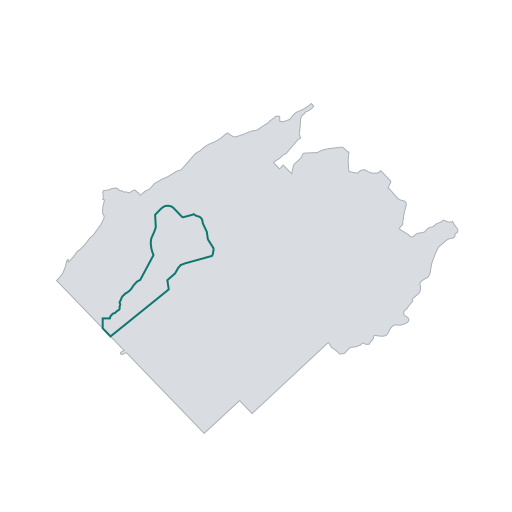 Sudan, with River Nile highlighted, rotated 226°
{"feature_id": "SDN-877", "entity_name": "River Nile", "entity_type": "State", "adm_level": 1, "iso_a3": "SDN", "parent_name": "Sudan", "parent_adm1": "", "projection": "equal_earth", "projection_center": [33.548, 18.954], "detail": "fine", "context": "in_parent", "style": "outline", "palette": "teal", "viewbox_px": 512, "rotation_deg": 226, "n_neighbors": 0, "source": "natural_earth", "source_scale": "10m", "svg_char_len": 5418}
<svg xmlns="http://www.w3.org/2000/svg" viewBox="0 0 512 512"><g transform="rotate(226 256 256)"><path d="M327.2,401.7L323.8,401.7L323.4,400.6L323.5,397.6L323.9,395.3L325.1,391.8L324.8,389.8L325.0,387.0L324.1,383.9L315.9,374.7L314.2,372.2L309.8,369.9L310.6,367.3L308.8,348.7L309.7,346.5L309.9,343.2L309.9,340.4L311.0,335.6L311.1,333.6L302.4,333.4L302.2,335.5L302.6,337.8L302.6,338.7L290.4,338.8L295.3,346.1L295.5,349.3L295.3,353.3L295.3,355.9L295.6,357.5L296.9,360.8L296.8,361.4L296.5,362.2L287.8,372.0L286.4,376.5L285.2,378.9L282.7,382.9L274.8,393.3L273.5,394.0L267.4,394.4L266.9,394.6L266.4,395.1L266.1,395.0L261.0,388.9L252.3,381.5L246.6,385.3L245.0,386.7L245.0,390.3L244.1,392.1L242.6,394.1L238.3,395.3L236.1,396.4L233.5,398.4L230.9,401.7L230.7,403.5L230.9,405.0L216.3,405.0L215.3,403.7L213.2,398.2L211.8,398.6L198.4,397.9L196.5,398.5L192.7,400.8L190.7,401.1L188.8,400.1L181.8,389.2L180.3,387.9L178.8,385.3L177.3,384.2L176.8,383.3L176.6,382.2L176.7,379.8L176.2,378.3L175.1,378.0L165.7,380.5L164.3,380.2L162.3,380.6L161.6,381.1L160.8,382.5L160.7,385.5L160.4,387.0L159.7,388.6L157.0,392.3L156.3,393.9L156.4,398.0L156.2,400.1L155.8,401.0L154.6,402.6L154.2,403.5L153.7,408.7L152.2,411.8L151.8,413.0L151.7,415.2L151.5,415.9L147.2,417.7L145.6,418.9L144.6,420.7L144.4,421.4L142.5,420.8L140.2,420.3L135.8,419.8L134.0,418.9L133.2,417.7L133.5,414.5L133.0,413.9L132.3,413.3L131.8,411.9L132.0,410.3L134.3,406.6L134.9,404.7L135.6,395.5L135.4,392.7L133.6,387.6L129.4,378.8L128.4,377.0L123.1,369.8L122.5,368.7L121.3,365.6L122.8,358.9L122.9,357.0L122.6,355.1L121.2,353.7L120.0,353.5L118.5,351.7L117.5,350.9L116.6,349.3L116.0,347.1L116.5,339.2L116.2,338.1L114.9,337.8L114.6,337.3L114.6,335.8L114.0,331.3L113.2,327.5L113.7,325.5L112.6,322.7L110.4,321.5L106.1,322.4L104.8,322.2L103.9,321.7L103.3,320.7L103.0,319.5L103.3,317.6L104.6,314.3L106.1,311.5L109.2,309.0L110.1,307.7L110.6,306.2L110.7,304.5L110.5,302.7L110.2,301.1L109.3,298.9L108.5,296.3L108.5,294.6L109.0,293.4L109.8,291.9L112.9,289.0L116.0,286.6L116.6,285.7L116.4,284.7L115.0,282.7L114.6,278.9L113.9,276.2L115.5,274.2L116.7,273.5L118.5,272.8L119.2,272.0L119.5,270.4L119.4,268.8L120.1,267.7L121.0,265.2L121.8,264.1L124.2,261.2L124.7,259.4L124.9,257.6L124.4,252.1L125.8,249.9L127.6,248.0L130.1,248.1L134.0,247.7L136.7,246.9L138.6,247.0L142.9,248.0L143.3,247.5L143.6,246.1L145.4,143.7L163.2,143.7L163.4,143.5L164.4,95.5L275.7,95.6L276.6,95.4L278.4,90.9L279.1,90.6L280.3,90.9L280.7,91.9L279.7,95.5L376.9,95.5L377.1,101.0L378.0,105.4L380.8,111.6L383.1,115.0L384.0,116.8L384.1,117.7L384.0,118.5L383.3,117.6L382.1,117.0L381.9,119.9L382.5,125.9L383.5,130.1L382.9,134.0L383.0,140.6L384.3,148.6L384.1,153.7L386.2,165.5L388.3,172.1L389.4,173.7L390.6,174.6L393.0,175.1L396.5,178.5L399.2,182.0L400.2,183.9L401.6,185.9L402.5,185.6L403.0,185.0L404.0,186.7L408.4,190.2L409.0,191.9L407.5,193.5L405.7,196.3L404.8,198.9L404.3,199.7L402.9,201.3L402.7,202.1L402.1,202.6L401.4,202.6L399.9,203.5L398.5,203.2L397.2,203.7L396.7,204.3L395.6,204.9L394.2,205.2L391.9,207.4L389.9,208.4L389.3,209.3L388.3,213.7L387.5,214.8L384.6,214.9L383.1,215.3L381.2,214.8L380.2,214.9L380.0,215.8L379.7,219.6L379.7,221.2L378.1,225.5L378.6,233.5L377.1,239.5L376.8,240.9L375.2,245.6L374.4,247.4L372.4,256.3L371.6,259.1L369.9,262.0L371.8,283.4L370.4,290.0L370.4,293.6L369.4,298.9L368.6,301.4L367.3,304.3L366.2,307.6L365.3,312.0L364.6,320.3L364.3,321.0L359.1,322.1L357.4,322.7L356.3,323.6L355.0,325.7L352.3,331.5L350.9,335.1L348.7,340.0L346.2,343.5L345.6,345.2L345.2,348.3L344.3,353.3L343.4,356.8L343.6,359.6L342.8,364.6L342.9,367.0L342.0,368.3L340.8,369.6L339.9,369.9L336.3,366.6L333.7,368.9L332.1,372.1L330.9,375.3L331.6,382.1L331.5,383.6L331.2,385.3L328.7,392.0L328.0,395.0L327.3,400.4L327.2,401.7Z" fill="#d9dde1" stroke="#a8b0b8" stroke-width="1"/><path d="M299.2,95.5L299.6,95.5L301.4,95.5L303.2,95.5L305.1,95.5L306.9,95.5L308.7,95.5L310.5,95.5L317.6,102.4L312.6,107.5L312.8,108.0L313.1,108.4L313.4,108.6L313.5,108.8L313.6,109.0L313.7,109.5L313.8,109.7L313.8,110.8L313.9,111.4L314.0,111.8L314.0,112.1L313.9,112.5L313.8,113.3L313.8,113.5L313.6,113.8L313.5,114.0L313.0,114.9L312.9,115.1L312.9,115.3L313.0,117.0L313.0,117.8L312.9,118.3L312.5,119.5L312.5,119.8L312.5,120.3L312.5,120.5L312.6,120.8L312.8,121.3L313.0,121.5L314.0,122.3L314.2,122.5L315.3,124.4L315.4,124.6L315.7,124.9L315.9,125.0L316.1,125.1L316.3,125.2L317.1,125.4L317.3,125.5L317.5,125.8L317.9,127.1L318.2,128.0L318.3,128.1L318.5,128.4L318.6,128.6L318.9,129.5L319.1,129.9L319.5,130.8L319.7,131.6L319.8,132.1L319.8,132.3L319.8,132.5L319.7,133.6L319.7,135.0L319.8,135.4L319.9,135.7L319.9,135.8L319.6,136.5L319.2,137.9L318.9,140.4L318.9,142.3L319.0,143.6L319.9,147.3L320.2,151.3L320.2,152.4L320.1,153.0L319.9,154.1L319.3,155.8L319.2,156.1L319.3,156.4L327.8,182.7L328.0,183.0L330.9,184.2L334.2,186.0L338.4,189.2L340.6,191.8L341.3,192.8L341.6,193.4L344.0,199.3L345.7,202.9L346.1,203.4L346.7,204.3L355.7,212.0L356.0,219.9L355.8,222.8L355.1,225.3L353.9,226.9L352.8,228.0L351.2,229.1L349.9,229.7L348.4,230.0L336.1,230.0L335.1,230.1L334.5,230.5L330.0,238.6L329.3,240.3L326.6,240.8L325.9,241.3L323.6,242.5L322.3,242.8L321.1,242.8L320.4,242.7L318.8,242.1L316.6,240.5L307.6,237.4L301.9,233.3L301.0,232.9L291.5,230.9L290.5,230.4L289.7,229.5L287.3,226.1L287.0,225.5L286.7,224.3L299.9,200.0L301.9,195.3L301.5,193.3L301.6,192.2L299.7,185.7L300.2,175.6L300.1,175.4L292.7,170.1L292.6,169.8L292.6,169.7L299.2,95.5Z" fill="none" stroke="#0f766e" stroke-width="2"/></g></svg>